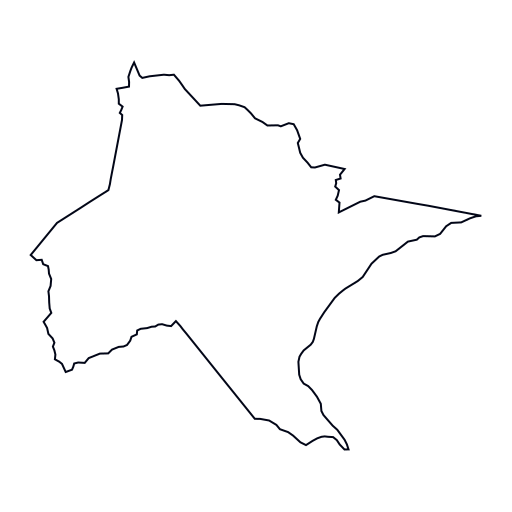 São José do Egito, Pernambuco, Brazil (orthographic projection)
{"feature_id": "56859067B74769239059488", "entity_name": "São José do Egito", "entity_type": "district", "adm_level": 2, "iso_a3": "BRA", "parent_name": "Brazil", "parent_adm1": "Pernambuco", "projection": "orthographic", "projection_center": [-37.263, -7.536], "detail": "fine", "context": "isolated", "style": "outline", "palette": "ink", "viewbox_px": 512, "rotation_deg": 0, "n_neighbors": 0, "source": "geoboundaries", "source_scale": "gbopen_adm2", "svg_char_len": 2458}
<svg xmlns="http://www.w3.org/2000/svg" viewBox="0 0 512 512"><path d="M481.3,215.8L428.1,205.7L417.5,203.9L374.3,196.2L365.4,200.6L360.3,201.7L338.8,212.4L339.5,202.6L335.8,199.8L337.7,195.7L339.0,190.1L335.2,186.6L336.2,183.2L335.8,180.0L340.6,178.5L340.0,174.7L344.6,169.0L324.9,164.7L314.9,167.5L311.2,167.3L307.5,162.6L302.9,157.7L300.2,152.8L298.9,147.4L297.8,143.0L300.2,138.9L297.1,130.2L293.7,124.2L288.8,123.2L280.8,126.3L277.9,125.3L267.4,125.5L262.5,122.0L255.0,118.3L251.0,113.4L247.5,109.9L244.6,107.2L239.1,105.3L234.6,104.2L221.6,103.9L210.8,104.8L200.3,105.7L184.8,89.0L182.5,85.6L179.2,80.9L173.9,74.7L169.2,75.2L163.9,74.7L149.6,76.3L142.3,77.9L139.6,75.6L134.1,62.5L131.7,67.4L130.4,70.8L128.4,76.9L129.1,82.0L129.0,86.6L122.6,87.8L116.6,88.8L118.0,93.5L118.8,99.3L118.8,103.7L122.6,106.6L121.3,109.9L119.8,112.9L122.2,115.0L122.0,120.0L113.0,167.4L112.4,170.4L110.7,179.2L109.9,184.2L108.4,190.1L96.7,197.5L89.6,202.0L81.0,207.6L57.0,222.9L30.7,255.0L36.4,260.2L41.7,259.8L43.2,264.2L48.0,266.1L48.7,269.6L49.0,273.6L51.2,279.0L50.6,285.9L48.4,291.3L49.0,296.1L49.2,302.5L49.7,308.5L51.3,312.9L43.6,321.8L45.4,324.9L47.1,328.0L48.4,333.9L52.6,338.4L54.4,342.7L52.9,346.6L54.4,350.4L55.4,354.6L54.9,359.3L59.4,361.8L62.0,363.9L65.7,372.0L72.0,369.7L73.3,366.7L74.2,363.5L78.2,362.5L84.7,362.9L88.7,358.1L99.9,353.6L108.2,353.4L112.0,349.6L118.7,346.9L123.5,346.5L127.0,345.0L130.2,340.7L131.5,336.8L136.8,334.4L137.2,330.5L140.7,328.8L147.1,328.1L151.7,326.7L155.2,326.5L158.3,324.6L162.1,324.2L166.8,325.6L171.1,326.1L175.9,321.1L180.4,326.1L182.8,329.3L186.3,333.5L221.1,376.9L254.8,418.8L260.2,418.9L269.1,420.5L276.4,424.9L279.9,429.2L288.1,432.1L293.1,435.6L300.4,442.3L306.0,445.1L312.7,440.8L317.3,438.3L321.5,436.8L324.7,436.4L328.1,436.8L333.1,437.1L336.8,440.1L339.7,444.5L344.5,449.5L348.5,449.4L346.9,444.4L344.6,439.8L337.3,429.8L332.7,425.7L323.5,415.1L321.4,411.0L320.8,403.8L317.0,396.8L312.0,390.0L308.2,386.1L303.7,383.6L300.7,379.3L299.2,374.7L298.4,361.8L299.5,356.7L301.2,353.8L303.7,350.4L310.7,344.7L312.8,341.9L313.9,338.9L316.8,326.3L318.3,321.9L320.0,318.8L324.4,312.0L334.7,297.9L339.1,293.6L342.9,290.5L345.4,288.6L357.8,281.0L362.7,277.0L365.8,272.3L371.5,263.7L379.2,256.5L382.7,254.8L390.8,253.0L395.6,251.3L407.9,241.6L416.8,239.7L419.3,237.4L423.1,236.1L434.9,236.4L440.1,233.9L446.2,226.2L451.2,222.9L461.2,222.4L469.8,218.4L476.0,216.3L481.3,215.8Z" fill="none" stroke="#020617" stroke-width="2"/></svg>